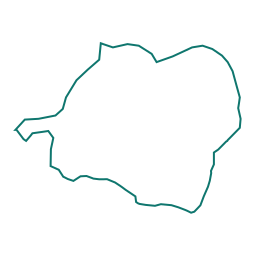 outline of Agia Kepir, Cyprus
{"feature_id": "46923920B83418385302054", "entity_name": "Agia Kepir", "entity_type": "district", "adm_level": 2, "iso_a3": "CYP", "parent_name": "Cyprus", "parent_adm1": "", "projection": "natural_earth1", "projection_center": [33.563, 35.109], "detail": "fine", "context": "isolated", "style": "outline", "palette": "teal", "viewbox_px": 256, "rotation_deg": 0, "n_neighbors": 0, "source": "geoboundaries", "source_scale": "gbopen_adm2", "svg_char_len": 1131}
<svg xmlns="http://www.w3.org/2000/svg" viewBox="0 0 256 256"><path d="M15.4,129.9L16.6,129.9L23.5,139.1L26.1,140.9L30.8,135.4L32.4,133.3L32.9,133.2L42.9,131.8L48.3,131.0L53.3,137.9L52.3,142.7L50.9,149.2L50.6,166.1L58.8,169.8L59.1,170.3L63.3,176.8L63.9,177.0L67.8,179.0L73.4,180.9L80.5,176.3L86.5,176.0L91.9,178.0L93.4,178.6L99.4,179.3L107.1,179.2L115.1,182.5L116.3,183.3L120.1,185.8L122.5,187.5L125.7,189.9L130.8,193.3L135.4,196.4L136.1,202.0L138.0,203.3L139.5,203.9L143.2,204.5L145.7,204.9L155.0,205.8L160.9,204.2L171.5,205.2L178.3,207.3L182.5,208.9L185.1,209.9L187.0,210.7L191.1,212.7L194.3,211.7L197.2,208.7L200.4,205.3L203.8,196.3L208.0,186.7L209.8,180.7L211.2,173.1L211.0,170.9L213.9,164.4L213.9,152.5L218.2,149.6L226.2,141.5L227.3,140.9L227.7,140.1L229.6,138.2L239.8,127.8L240.6,118.8L238.2,108.1L238.9,103.8L239.8,97.4L236.6,85.9L232.6,71.2L227.7,62.1L222.0,55.6L212.3,49.0L202.6,45.7L192.1,47.4L172.7,56.4L156.6,62.1L151.7,53.9L138.8,45.7L127.5,44.1L112.9,47.4L100.8,43.3L99.2,59.7L87.9,69.5L76.5,80.2L66.0,97.4L62.8,108.9L55.5,115.5L38.6,118.8L24.8,119.6L15.4,129.9Z" fill="none" stroke="#0f766e" stroke-width="2"/></svg>